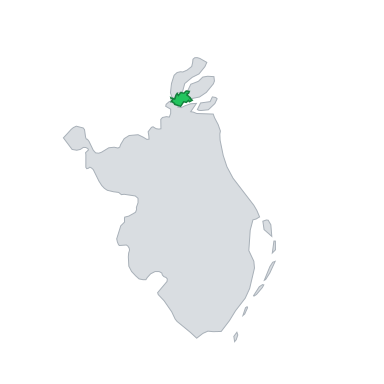 location of Reimerswaal, Zeeland, Netherlands, rotated 132°
{"feature_id": "6326949B12862747379665", "entity_name": "Reimerswaal", "entity_type": "district", "adm_level": 2, "iso_a3": "NLD", "parent_name": "Netherlands", "parent_adm1": "Zeeland", "projection": "orthographic", "projection_center": [4.116, 51.444], "detail": "fine", "context": "in_parent", "style": "filled", "palette": "green", "viewbox_px": 384, "rotation_deg": 132, "n_neighbors": 0, "source": "geoboundaries", "source_scale": "gbopen_adm2", "svg_char_len": 4839}
<svg xmlns="http://www.w3.org/2000/svg" viewBox="0 0 384 384"><g transform="rotate(132 192 192)"><path d="M237.8,323.8L232.0,323.7L226.5,323.7L223.6,323.3L220.5,322.0L219.0,319.1L217.2,315.7L217.6,313.6L222.6,307.6L223.4,305.9L222.8,305.0L223.3,302.4L227.0,293.4L227.4,289.8L225.6,287.3L223.1,285.9L214.8,283.4L210.8,279.8L208.9,276.5L207.1,275.7L204.4,276.8L197.7,278.1L192.1,276.5L185.5,270.4L183.9,264.9L183.1,260.7L181.5,259.3L179.3,261.5L176.6,264.9L171.1,265.4L169.6,264.6L169.3,262.7L168.9,260.9L167.4,258.7L165.8,257.4L158.9,263.8L156.4,263.8L153.1,261.4L151.5,259.0L147.9,260.4L144.7,263.3L145.9,268.9L144.1,269.9L140.2,269.4L135.7,267.1L130.8,265.8L123.2,261.9L112.7,265.0L105.4,261.3L99.4,260.9L95.6,257.9L91.6,252.9L94.5,249.6L97.3,248.5L108.4,248.0L116.4,250.0L130.9,260.8L134.6,260.7L138.4,259.3L136.5,256.4L132.8,255.0L127.4,252.1L123.2,248.0L133.2,246.7L131.8,244.6L130.5,241.0L119.9,228.4L121.7,225.0L124.4,217.7L127.7,211.7L130.3,210.1L134.7,205.8L144.0,193.2L149.9,182.9L154.3,170.7L160.5,137.2L162.3,131.5L165.3,125.1L169.2,126.3L171.9,128.1L181.4,123.2L197.5,110.6L202.1,99.7L206.7,94.7L225.1,84.6L235.3,81.4L251.1,80.2L262.5,78.1L276.1,77.0L281.6,82.8L284.8,87.1L289.8,89.3L297.5,90.7L297.4,99.3L298.2,116.4L297.7,119.5L294.6,126.9L291.5,140.0L290.8,148.5L289.8,150.2L275.2,150.7L273.1,152.2L272.9,154.1L273.7,156.3L273.5,158.5L272.4,160.3L273.1,163.1L275.8,166.2L280.5,168.0L285.5,168.0L288.0,167.6L290.0,169.8L292.0,173.2L292.0,177.7L291.5,183.7L289.4,189.3L282.8,195.9L279.8,198.2L277.0,199.5L275.7,201.2L275.1,203.4L275.3,205.3L280.4,210.2L280.3,211.4L279.0,214.1L277.2,216.6L264.8,222.3L259.5,222.0L256.6,224.7L255.7,225.2L252.3,222.9L244.9,220.4L242.2,221.4L240.7,223.0L236.1,224.9L232.8,227.9L232.9,231.5L239.1,240.9L241.2,242.7L241.4,246.2L244.4,250.6L247.4,256.1L247.9,259.6L247.6,263.3L246.2,268.4L241.4,280.4L241.4,282.7L241.9,284.5L243.7,284.9L245.1,285.8L244.7,287.4L235.2,295.9L234.0,297.4L230.0,297.1L229.4,298.5L230.0,300.7L231.6,302.6L235.1,303.5L238.1,305.6L240.6,309.6L237.8,323.8ZM135.7,267.1L134.9,270.6L132.7,274.4L125.1,279.8L117.2,283.4L113.2,283.0L110.4,281.1L108.9,279.1L104.7,277.2L98.9,276.2L95.3,278.2L92.7,280.1L90.4,279.8L88.7,278.1L87.5,275.6L85.8,267.7L90.2,266.3L99.5,265.8L106.7,268.6L116.2,270.0L123.5,266.3L129.2,269.5L135.7,267.1ZM120.0,234.9L125.5,239.9L126.7,241.5L127.1,243.2L120.1,245.2L112.7,239.0L107.7,240.5L105.9,237.6L105.9,235.7L111.0,234.2L120.0,234.9ZM171.7,113.3L166.3,119.8L163.0,118.0L162.0,116.5L163.6,111.5L171.6,103.0L171.7,113.3ZM195.3,84.2L190.2,85.0L187.9,83.8L200.1,80.0L207.8,78.7L209.2,79.2L195.3,84.2ZM227.9,76.9L217.3,78.6L213.6,77.6L213.0,76.5L215.9,75.8L225.0,75.5L227.9,76.3L227.9,76.9ZM183.6,91.5L173.6,98.3L172.7,97.2L179.1,91.3L183.6,91.5ZM271.3,64.3L266.2,64.8L267.6,62.3L272.2,60.3L274.7,60.2L271.3,64.3ZM249.7,71.5L242.2,74.8L240.4,74.3L240.8,73.3L247.4,71.2L249.7,71.5Z" fill="#d9dde1" stroke="#a8b0b8" stroke-width="1"/><path d="M120.8,263.9L122.2,264.0L124.0,264.1L124.9,265.7L125.6,266.8L127.4,266.8L129.4,266.7L129.0,267.8L128.7,268.9L129.2,268.8L129.3,268.8L129.4,268.7L129.5,268.7L129.8,268.7L130.0,268.7L130.4,268.7L130.5,268.7L130.8,268.6L131.0,268.6L131.3,268.4L131.5,268.3L131.6,268.2L131.8,268.2L132.0,268.1L132.3,267.9L132.5,267.9L132.8,267.8L132.8,267.7L133.0,267.6L133.2,267.4L133.3,267.4L133.5,267.4L133.8,267.2L134.0,267.1L134.3,267.0L134.5,267.0L134.8,267.2L134.8,267.4L134.8,267.7L134.9,267.8L135.0,268.0L135.1,268.3L135.1,268.5L135.2,268.8L135.3,268.9L135.3,269.0L135.4,269.3L135.5,269.4L135.5,269.5L135.7,269.8L135.8,269.9L135.8,270.0L136.0,270.1L136.1,270.3L136.3,270.4L136.3,270.5L136.6,270.1L135.8,269.6L135.5,269.1L135.4,268.8L135.3,268.4L135.2,268.3L137.2,268.2L138.5,268.1L138.5,267.6L138.4,267.5L138.5,267.5L138.4,267.4L138.1,267.4L138.0,267.1L138.2,266.2L138.2,265.9L138.0,265.1L137.9,264.6L137.9,264.4L137.9,264.2L138.0,264.2L138.2,263.9L138.3,263.8L138.4,263.7L138.5,263.6L138.4,263.4L138.3,263.1L136.7,259.5L135.9,257.8L135.1,257.9L130.5,258.6L129.2,256.2L128.0,256.1L126.3,255.9L126.7,254.4L126.4,254.2L126.2,254.2L125.9,254.1L125.7,254.0L125.6,253.9L125.4,253.9L125.2,253.8L125.0,253.7L124.9,253.7L124.6,253.6L124.4,253.5L124.2,253.5L124.1,253.4L123.9,253.4L123.7,253.3L123.6,254.3L123.6,255.2L123.7,255.3L123.8,255.5L123.8,255.8L123.7,255.8L123.7,256.0L123.4,256.2L123.3,256.3L123.2,256.3L123.1,256.7L123.1,256.9L123.1,257.1L123.2,258.0L123.2,259.1L123.2,259.3L123.2,259.8L123.2,260.2L123.3,260.5L123.2,260.5L122.9,260.7L122.9,260.8L122.9,260.7L122.8,260.8L122.7,260.8L122.6,261.0L122.4,261.3L122.3,261.2L122.2,261.2L121.8,261.0L121.7,260.9L121.3,260.8L121.2,260.8L121.1,260.7L121.0,260.8L120.9,260.8L120.7,260.8L120.4,260.8L120.1,260.9L120.0,261.0L119.8,261.1L119.7,261.1L119.5,261.3L119.4,261.3L119.3,261.5L119.2,261.5L119.6,262.1L120.8,263.9Z" fill="#22c55e" stroke="#15803d" stroke-width="1.5"/></g></svg>